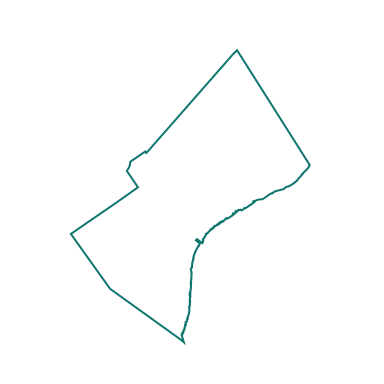 the district of Ensenada, Buenos Aires, Argentina, rotated 103°
{"feature_id": "61730980B68751377972541", "entity_name": "Ensenada", "entity_type": "district", "adm_level": 2, "iso_a3": "ARG", "parent_name": "Argentina", "parent_adm1": "Buenos Aires", "projection": "natural_earth1", "projection_center": [-57.944, -34.842], "detail": "fine", "context": "isolated", "style": "outline", "palette": "teal", "viewbox_px": 384, "rotation_deg": 103, "n_neighbors": 0, "source": "geoboundaries", "source_scale": "gbopen_adm2", "svg_char_len": 5883}
<svg xmlns="http://www.w3.org/2000/svg" viewBox="0 0 384 384"><g transform="rotate(103 192 192)"><path d="M43.7,180.0L49.0,183.3L131.7,227.7L164.2,245.2L163.0,246.6L176.3,258.9L180.0,258.6L181.0,258.7L182.5,259.0L186.1,260.2L199.6,245.7L219.6,263.5L260.1,300.6L304.8,250.0L338.6,169.3L340.3,166.1L333.6,170.0L333.4,169.8L333.3,169.4L332.6,169.5L332.3,169.6L332.2,169.4L332.2,169.2L331.5,168.9L331.3,168.9L331.2,169.2L331.0,168.9L330.9,168.9L330.8,169.0L330.4,169.2L330.3,169.3L329.9,169.2L329.8,168.8L329.6,168.8L329.3,168.8L329.1,169.0L328.9,169.1L328.2,169.0L328.1,168.9L327.9,168.6L327.7,168.6L327.6,168.3L327.4,168.3L326.7,168.5L326.4,168.8L325.3,168.7L324.9,168.4L324.7,168.3L324.4,168.5L324.0,168.6L324.1,168.3L324.0,168.2L323.5,168.2L323.3,168.4L322.9,168.3L322.5,168.5L322.1,168.5L321.9,168.6L322.0,168.8L321.7,168.8L321.4,168.8L321.2,168.5L321.0,168.4L320.2,168.6L320.1,168.2L319.9,168.1L319.8,168.3L319.7,168.1L319.2,168.2L318.8,168.0L318.2,168.0L317.9,167.9L317.6,167.8L317.4,168.0L317.2,167.8L316.9,168.1L316.4,167.9L316.2,168.0L316.1,167.9L315.5,167.9L315.4,167.8L314.9,168.1L314.7,168.1L314.3,167.8L313.2,167.7L312.7,167.7L312.4,167.8L312.2,167.7L311.9,167.8L311.6,167.7L310.4,167.7L309.7,167.9L309.3,167.8L308.3,167.8L307.0,168.1L306.6,168.4L306.3,168.3L305.7,168.4L305.5,168.5L305.2,168.9L304.9,169.0L304.8,168.6L304.6,168.6L304.1,168.6L303.5,168.6L303.0,168.7L302.5,168.5L302.1,168.9L301.8,168.8L301.6,168.9L301.0,168.9L300.7,169.1L300.1,169.1L299.8,169.3L299.6,169.6L299.3,169.6L299.1,169.3L298.9,169.2L298.2,169.8L297.3,169.9L297.3,169.6L297.2,169.6L296.4,170.1L295.3,170.3L295.2,170.2L294.7,170.2L294.3,170.1L294.3,170.3L294.1,170.4L293.9,170.3L293.4,170.8L293.1,170.5L292.5,171.1L292.2,171.1L292.0,171.3L291.5,171.2L291.4,170.9L291.2,170.8L290.9,171.5L289.9,171.5L289.8,171.2L288.9,171.1L287.9,171.3L287.5,171.5L287.0,171.4L286.4,171.5L286.1,171.4L285.6,171.6L285.3,171.5L284.9,171.8L283.9,171.9L283.6,171.9L282.0,172.2L281.7,172.7L281.4,172.7L281.1,172.5L280.9,172.6L280.7,172.5L280.4,172.7L279.9,172.6L279.5,172.7L279.2,173.0L278.9,173.1L278.6,173.1L278.1,172.9L277.5,173.0L277.0,173.3L276.5,173.2L275.8,173.4L275.3,173.3L275.0,173.5L274.6,173.5L274.0,173.7L273.7,173.6L272.8,173.9L272.1,174.0L271.6,174.2L270.7,174.2L270.3,174.6L269.3,174.8L268.7,175.2L268.3,175.6L267.9,175.6L267.6,175.8L266.0,175.5L265.7,175.3L265.5,175.0L265.4,175.0L265.1,175.4L264.9,175.5L264.2,175.3L263.7,175.3L263.3,175.6L263.0,175.5L261.9,175.6L261.5,175.7L261.0,175.7L260.6,175.9L259.3,175.7L258.5,175.4L258.3,175.6L257.2,175.6L257.1,175.8L256.8,175.9L256.2,175.8L256.2,175.7L256.3,175.6L256.2,175.5L255.8,175.6L255.7,175.7L255.7,175.8L255.4,175.9L254.9,175.8L254.6,175.9L254.0,176.0L253.3,175.9L252.9,175.7L252.1,175.7L251.8,175.6L251.2,175.5L250.9,175.6L250.6,175.5L250.3,175.6L250.1,175.6L250.0,175.2L248.1,175.1L246.7,174.7L246.2,174.4L245.6,174.4L243.8,173.7L243.4,173.9L243.2,173.8L243.2,173.7L243.4,173.4L243.2,173.2L242.7,173.4L242.2,173.2L241.6,173.2L241.2,172.8L241.0,172.7L240.2,173.3L239.8,173.8L238.2,177.3L237.8,177.1L237.7,176.6L237.1,176.7L236.8,176.5L239.6,170.5L239.5,170.4L239.1,170.2L238.9,170.2L238.5,170.2L238.4,170.3L237.8,170.2L237.1,170.3L236.8,170.6L236.6,170.7L236.4,170.7L236.5,170.5L236.5,170.3L236.3,170.2L235.9,170.5L235.5,170.5L235.1,170.2L234.7,170.3L234.5,170.2L234.3,169.9L232.8,169.7L232.7,169.3L232.6,169.2L232.0,169.0L231.4,169.0L231.0,168.9L230.5,168.9L229.8,168.5L229.6,168.7L229.5,168.4L229.3,168.1L229.0,168.1L228.7,168.0L228.6,167.6L228.3,167.7L227.9,167.2L227.2,167.0L227.0,166.8L226.4,166.3L225.8,166.0L225.3,165.8L225.2,165.7L224.6,165.4L224.3,165.5L224.3,164.9L224.2,164.6L223.7,164.3L223.7,164.2L223.5,163.9L223.1,163.6L222.6,163.4L222.4,163.4L222.2,163.6L222.1,163.2L221.5,162.6L221.0,162.3L220.7,162.5L220.7,163.0L220.6,163.5L220.5,163.1L220.3,162.7L220.1,162.5L220.1,162.1L219.6,161.7L219.6,161.2L218.9,160.5L218.5,160.4L218.6,160.2L218.5,159.9L218.2,159.5L217.8,159.4L217.5,159.5L217.3,159.3L217.2,159.2L217.3,159.0L217.6,158.8L217.5,158.7L216.7,158.1L216.4,158.1L216.2,158.2L216.3,157.8L216.1,157.7L215.9,157.7L215.9,157.9L215.7,157.8L215.4,157.2L214.9,156.5L214.5,156.2L214.2,156.3L214.1,156.7L213.7,156.3L213.6,156.1L214.1,155.4L213.7,155.0L213.3,154.8L213.1,154.6L212.5,154.2L211.8,154.1L211.7,153.9L210.2,153.0L210.0,152.8L209.7,152.8L209.6,152.5L209.6,152.3L209.7,152.2L210.0,152.3L210.2,152.0L210.1,151.6L208.3,149.8L207.5,149.2L207.1,148.6L206.9,148.3L206.4,148.0L206.2,148.0L206.1,147.6L204.7,146.5L204.3,146.6L204.3,146.9L204.0,147.1L203.9,147.3L203.6,147.3L203.5,147.2L204.1,146.1L202.5,144.8L201.8,144.9L201.5,144.8L201.3,144.9L201.1,145.3L200.8,145.3L200.8,145.1L201.3,144.4L201.3,144.0L201.1,143.8L200.5,143.5L200.6,143.4L200.5,143.2L199.7,143.2L199.3,143.0L198.8,142.2L198.9,141.8L198.7,141.2L198.3,141.2L198.2,141.4L198.3,140.7L198.7,139.8L198.7,139.5L197.9,138.8L197.3,138.0L196.9,137.6L196.7,137.5L195.9,137.4L196.0,137.0L195.9,136.8L195.2,135.7L194.9,135.5L193.3,133.8L192.9,133.7L192.1,132.8L191.5,132.4L191.4,132.2L191.1,132.0L190.9,131.5L190.0,131.0L189.8,130.6L189.6,130.5L189.3,130.1L188.9,129.8L188.1,129.4L188.0,129.5L188.0,130.1L187.8,130.3L187.6,130.3L187.2,130.1L186.9,129.6L187.1,128.8L186.9,128.4L186.2,128.3L185.2,126.7L184.5,125.7L183.9,124.2L183.5,122.6L183.1,121.6L179.2,117.9L177.4,116.5L175.2,114.0L175.1,113.8L175.1,113.2L174.8,112.9L174.3,112.9L174.1,112.8L173.6,112.3L173.1,111.5L172.2,110.5L170.4,106.8L169.8,105.8L168.6,103.4L168.1,102.9L167.8,102.7L167.4,102.6L166.1,101.7L165.8,101.3L165.6,100.9L165.6,100.6L164.6,99.1L164.4,98.5L163.6,97.7L163.3,97.5L161.0,95.1L159.0,93.7L158.9,93.6L159.0,93.4L156.9,92.0L156.6,91.8L155.9,91.8L155.1,91.4L152.5,89.7L150.2,89.0L150.0,88.8L149.9,88.4L149.6,88.1L148.8,88.2L148.0,87.5L147.1,87.2L146.9,86.8L145.6,86.2L144.8,85.5L144.0,85.2L142.5,84.3L141.0,83.8L140.0,83.8L139.2,83.4L43.7,180.0Z" fill="none" stroke="#0f766e" stroke-width="2"/></g></svg>